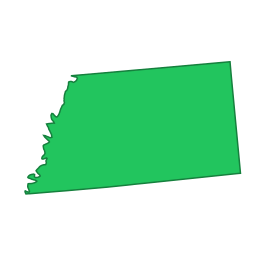 Matacos, Formosa, Argentina (Robinson projection), rotated 85°
{"feature_id": "61730980B89566951406384", "entity_name": "Matacos", "entity_type": "district", "adm_level": 2, "iso_a3": "ARG", "parent_name": "Argentina", "parent_adm1": "Formosa", "projection": "robinson", "projection_center": [-62.047, -23.907], "detail": "fine", "context": "isolated", "style": "filled", "palette": "green", "viewbox_px": 256, "rotation_deg": 85, "n_neighbors": 0, "source": "geoboundaries", "source_scale": "gbopen_adm2", "svg_char_len": 2778}
<svg xmlns="http://www.w3.org/2000/svg" viewBox="0 0 256 256"><g transform="rotate(85 128 128)"><path d="M70.9,20.6L71.0,112.0L71.0,178.3L71.0,180.3L72.2,177.0L72.3,176.9L72.8,174.7L74.0,174.1L75.0,174.6L75.6,174.9L76.1,175.2L76.6,175.9L76.9,176.2L77.3,177.0L77.7,178.0L77.8,178.5L77.1,179.5L76.7,180.4L76.6,181.6L76.9,182.7L77.0,183.1L77.8,183.3L79.5,183.5L79.9,183.6L81.7,184.3L83.1,184.6L84.1,185.1L84.9,185.5L85.8,186.7L86.1,187.0L86.3,187.2L87.6,187.6L88.8,188.1L90.0,188.5L91.1,188.7L91.8,188.8L92.8,189.1L94.2,189.1L94.7,189.2L95.2,189.4L96.0,189.3L96.9,189.1L97.4,189.2L97.7,189.4L98.1,189.6L98.9,189.9L99.2,190.3L99.3,190.7L99.7,191.4L101.9,192.6L103.4,193.5L104.7,194.0L106.0,194.5L106.9,194.9L107.0,195.0L108.1,195.5L109.4,196.4L110.6,197.4L110.8,198.4L110.1,199.3L108.9,200.3L108.2,200.8L107.2,201.5L106.9,202.6L108.5,203.6L110.3,203.6L111.2,203.5L112.5,203.3L113.6,202.7L115.2,201.5L116.7,201.0L116.6,203.0L116.7,205.1L116.7,206.7L116.9,208.8L119.4,207.9L120.0,207.5L120.5,207.3L121.2,207.1L121.7,207.1L122.5,206.9L124.0,206.2L127.9,204.8L128.9,204.7L130.6,204.6L130.9,205.9L130.5,207.4L130.1,207.9L129.7,208.7L129.3,209.7L128.5,210.9L128.1,212.6L129.8,211.7L133.0,208.9L134.3,207.7L135.0,207.5L135.7,208.3L136.3,209.7L136.6,210.3L136.7,210.6L136.8,211.2L137.2,212.1L137.6,213.4L137.9,213.6L138.3,214.0L139.1,214.0L139.3,214.0L140.5,213.9L141.6,213.8L142.4,213.4L143.0,213.2L144.2,213.0L145.0,212.9L146.1,212.9L147.5,213.9L148.0,214.7L148.4,215.2L148.7,215.3L149.0,215.6L149.2,215.9L149.8,216.2L150.4,216.4L151.1,216.5L151.6,215.5L151.1,213.4L150.7,211.9L151.2,211.3L152.6,212.0L153.0,212.4L153.7,212.5L154.3,212.6L155.0,212.4L155.7,212.4L157.3,213.2L157.3,215.3L157.5,216.4L157.7,216.9L157.8,217.5L158.5,218.9L159.0,219.6L159.9,220.4L160.4,221.0L161.4,222.2L162.3,223.1L162.6,223.3L163.7,222.7L164.8,222.0L165.3,221.7L165.7,221.4L166.1,220.9L166.6,220.5L167.6,219.7L168.4,219.8L169.3,221.9L169.3,224.5L168.4,225.5L166.2,225.1L165.7,226.1L165.9,228.3L166.1,229.1L166.3,229.9L166.6,230.4L167.1,231.1L168.3,232.1L169.1,231.6L169.4,230.7L169.8,229.9L170.0,229.4L170.4,228.8L170.8,228.1L171.0,227.3L171.4,226.5L171.8,225.1L172.7,223.6L173.2,223.5L173.4,223.8L174.2,225.2L174.4,225.9L174.6,226.8L174.8,227.9L174.9,228.7L174.9,229.8L174.8,231.1L174.8,232.0L174.8,232.3L175.9,232.7L177.1,232.9L177.8,233.0L179.2,232.7L179.7,232.5L180.4,232.2L180.5,232.2L181.6,232.0L181.9,231.8L182.3,231.6L182.8,231.8L183.3,232.2L183.1,232.8L183.0,233.4L182.1,235.2L181.7,235.7L181.9,236.1L183.3,236.0L184.8,235.4L184.8,234.4L184.8,232.5L184.9,231.9L185.0,207.1L185.0,206.9L185.1,194.9L185.1,194.7L185.1,191.0L185.1,168.2L185.1,153.9L184.8,133.8L184.7,129.0L184.6,126.7L184.5,117.2L182.9,22.9L182.9,19.9L84.1,20.6L70.9,20.6Z" fill="#22c55e" stroke="#15803d" stroke-width="1.5"/></g></svg>